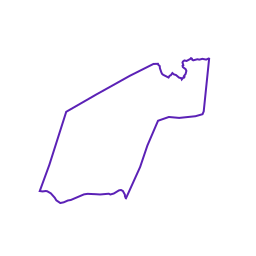 outline of Dilkhil, Dikhil, Djibouti, rotated 23°
{"feature_id": "41766387B9467441741428", "entity_name": "Dilkhil", "entity_type": "district", "adm_level": 2, "iso_a3": "DJI", "parent_name": "Djibouti", "parent_adm1": "Dikhil", "projection": "equal_earth", "projection_center": [42.604, 11.271], "detail": "fine", "context": "isolated", "style": "outline", "palette": "violet", "viewbox_px": 256, "rotation_deg": 23, "n_neighbors": 0, "source": "geoboundaries", "source_scale": "gbopen_adm2", "svg_char_len": 1121}
<svg xmlns="http://www.w3.org/2000/svg" viewBox="0 0 256 256"><g transform="rotate(23 128 128)"><path d="M64.8,137.2L70.0,192.7L71.4,220.5L74.1,219.8L77.0,218.1L78.4,217.8L82.5,218.3L87.8,220.8L90.3,222.6L95.0,223.5L97.6,221.7L97.8,221.6L101.0,218.2L103.5,216.6L113.4,206.3L116.5,204.4L124.3,201.5L128.3,200.1L136.0,196.0L137.7,196.1L140.5,193.9L144.1,188.9L145.8,187.8L147.9,188.0L151.2,190.6L151.6,191.5L151.7,191.8L153.4,193.5L153.6,193.5L154.4,159.2L152.7,136.6L152.8,109.6L161.3,101.9L171.2,98.7L185.5,90.8L191.2,86.2L191.2,83.1L175.6,32.5L175.1,32.5L173.2,34.5L169.4,35.3L167.5,36.8L166.9,37.2L165.0,37.6L161.6,40.2L160.5,40.1L159.7,39.2L158.7,39.1L158.3,40.2L155.7,43.4L153.5,43.8L152.6,45.4L152.6,46.5L154.4,48.6L153.9,49.4L154.7,50.5L158.0,51.3L159.4,52.6L159.9,55.8L159.6,56.8L159.2,58.5L160.0,58.8L160.0,59.6L159.0,60.5L158.5,62.3L157.5,61.3L155.4,61.7L151.5,60.5L149.2,60.7L147.4,60.1L146.8,62.7L145.9,63.7L145.6,65.7L139.6,65.3L138.1,64.8L136.4,63.2L136.1,62.8L134.0,60.5L133.0,58.6L131.2,58.0L130.5,57.2L126.4,59.1L109.4,79.1L85.9,109.3L64.8,137.2Z" fill="none" stroke="#5b21b6" stroke-width="2"/></g></svg>